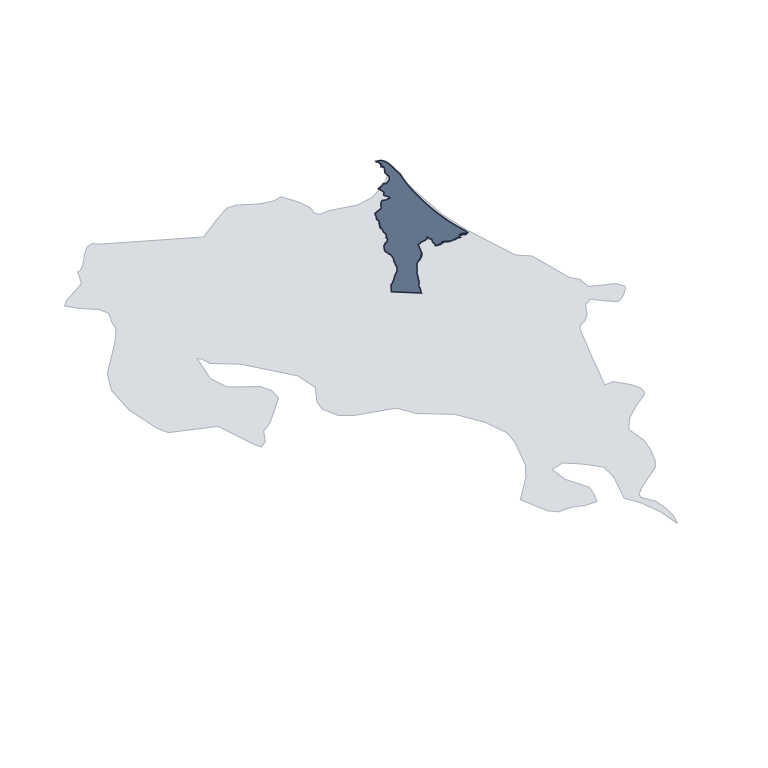 location of Pococi, Limón, Costa Rica, rotated 336°
{"feature_id": "36466004B96368575688704", "entity_name": "Pococi", "entity_type": "district", "adm_level": 2, "iso_a3": "CRI", "parent_name": "Costa Rica", "parent_adm1": "Limón", "projection": "albers", "projection_center": [-83.671, 10.502], "detail": "fine", "context": "in_parent", "style": "filled", "palette": "slate", "viewbox_px": 768, "rotation_deg": 336, "n_neighbors": 0, "source": "geoboundaries", "source_scale": "gbopen_adm2", "svg_char_len": 7685}
<svg xmlns="http://www.w3.org/2000/svg" viewBox="0 0 768 768"><g transform="rotate(336 384 384)"><path d="M644.0,392.7L643.1,395.6L640.4,398.7L636.6,401.8L631.5,404.0L619.1,397.6L607.0,390.4L600.3,393.8L597.8,403.2L593.3,408.0L587.7,409.9L585.4,413.0L585.0,444.7L585.4,474.5L594.6,475.2L610.0,485.5L616.6,491.6L618.7,497.2L616.8,500.0L605.6,506.5L594.6,514.8L589.2,525.1L598.8,541.6L600.9,552.9L600.6,564.7L598.0,570.4L576.7,584.0L572.1,588.7L572.7,592.2L584.5,601.5L590.0,610.5L594.7,621.4L595.4,630.9L584.7,613.3L569.9,596.6L557.0,586.3L556.0,562.3L550.9,549.2L531.6,537.2L515.0,528.8L502.8,530.5L510.3,544.3L529.7,562.1L531.0,568.9L530.7,578.0L517.4,576.6L505.6,572.9L491.2,571.7L481.7,566.3L461.5,545.1L475.8,527.0L480.3,515.1L479.9,490.5L476.6,478.6L461.0,460.4L436.3,440.5L401.6,424.1L385.3,411.0L344.7,400.8L329.3,394.1L317.3,381.7L315.5,372.8L319.9,359.2L308.7,341.7L260.6,307.3L233.6,294.6L227.9,287.2L223.6,284.9L227.6,308.5L239.4,322.8L270.1,336.2L278.6,344.0L282.0,354.0L264.0,373.2L254.9,378.1L252.1,388.5L246.3,391.7L240.1,385.6L215.3,355.3L167.0,340.6L158.3,331.6L140.5,304.0L132.4,278.7L135.5,262.0L155.5,236.0L161.7,224.6L160.5,217.6L161.2,207.3L153.9,200.1L135.6,190.6L124.0,182.9L127.2,179.2L148.3,169.3L149.7,160.1L149.6,157.1L153.0,156.5L156.1,154.1L158.0,151.6L163.8,142.8L168.8,137.9L174.6,137.1L181.6,140.8L208.0,150.4L237.3,161.1L279.1,176.3L296.5,166.7L311.5,159.5L321.9,160.5L344.3,169.1L357.9,171.9L366.2,171.1L380.6,183.6L388.4,193.0L389.7,199.3L394.1,202.7L405.3,203.4L432.7,209.8L449.5,208.6L464.8,201.8L473.2,193.8L475.8,181.1L479.7,187.4L484.2,197.2L486.2,209.9L506.0,252.4L521.7,276.2L556.4,319.4L571.4,327.4L596.7,362.1L605.4,367.9L610.4,378.1L636.7,386.5L644.0,392.7Z" fill="#d9dde1" stroke="#a8b0b8" stroke-width="1"/><path d="M520.2,276.3L519.5,275.6L515.3,270.0L512.1,265.5L509.0,260.9L503.2,251.1L498.7,242.4L494.4,232.9L492.7,228.7L489.2,219.7L488.8,218.1L487.7,214.9L486.6,211.1L484.6,202.3L484.8,201.6L484.0,198.7L481.3,192.7L480.4,190.0L478.4,185.5L477.3,183.5L476.1,181.8L474.8,180.4L473.3,179.2L472.3,178.5L470.4,177.9L468.9,177.6L467.6,177.5L467.1,177.3L467.3,178.2L467.5,178.2L467.8,178.1L468.3,178.1L468.7,178.5L469.1,179.6L469.6,180.1L469.9,181.1L470.3,181.4L470.6,182.0L471.1,182.3L471.0,182.6L470.7,182.7L470.4,182.2L470.2,182.1L470.2,182.4L470.5,182.8L470.5,183.4L470.1,183.8L469.7,184.0L469.5,184.3L470.1,184.4L470.6,185.1L471.5,185.1L471.9,185.4L472.0,185.6L471.8,186.2L472.0,186.7L471.9,187.5L471.4,189.1L471.0,190.4L470.8,190.7L470.7,191.1L471.4,193.1L471.9,193.6L471.9,194.5L472.1,194.7L472.2,195.1L472.7,195.5L473.0,196.3L473.0,196.8L472.9,197.2L472.2,198.3L472.0,198.9L471.4,200.1L470.9,200.3L469.9,200.6L468.3,201.5L467.5,201.7L467.1,201.7L466.3,201.3L465.6,200.8L465.1,200.7L464.4,200.7L464.0,200.9L463.5,201.4L462.8,202.0L461.7,202.1L460.8,202.6L459.5,202.8L458.1,203.5L458.3,203.9L458.9,204.2L459.7,204.5L459.8,205.5L461.0,207.2L461.7,208.4L461.8,209.6L461.0,210.2L460.6,211.0L460.6,211.5L461.4,212.6L462.6,213.3L463.0,213.8L464.3,214.7L465.1,216.1L465.1,216.4L464.8,216.5L463.2,216.5L462.4,216.3L460.9,216.7L459.9,216.6L459.2,216.0L458.7,216.0L458.3,216.1L457.5,215.6L456.7,215.6L455.9,216.2L455.2,217.0L455.0,217.6L454.4,218.1L454.2,218.5L454.2,218.9L453.6,219.7L453.5,220.2L453.5,221.3L453.0,222.2L452.1,222.5L451.8,222.9L450.0,223.0L449.8,223.1L449.4,223.5L448.7,223.4L448.4,223.6L447.9,223.6L447.4,223.9L447.0,223.9L446.7,224.3L445.3,224.3L445.1,224.4L445.0,225.2L444.7,225.9L444.7,226.2L444.9,226.5L445.0,227.8L444.4,229.3L444.4,229.7L444.6,230.2L444.5,230.3L444.3,230.3L444.2,230.7L444.7,231.3L444.8,231.9L445.6,232.6L445.4,233.1L445.6,233.7L445.4,234.6L444.9,235.1L445.0,235.6L444.6,235.7L444.7,236.1L445.0,236.4L444.8,236.6L444.3,237.6L444.3,238.1L444.0,239.1L444.7,239.1L444.6,239.6L444.2,240.0L444.4,240.6L444.8,240.8L445.1,241.2L445.2,241.8L445.2,242.5L445.4,243.0L445.2,243.8L445.3,244.5L445.3,245.2L446.4,246.5L446.3,247.6L446.8,248.1L446.6,248.6L446.6,249.6L446.4,249.9L445.6,250.5L445.3,251.1L445.4,251.3L446.3,252.2L446.3,253.1L446.2,253.3L445.2,254.0L444.7,255.0L444.3,255.5L443.7,255.7L442.4,255.7L442.2,255.8L441.6,256.9L440.7,257.2L440.2,257.5L439.6,259.2L438.9,261.8L438.9,262.9L439.4,264.3L440.2,264.9L440.6,265.8L440.9,266.0L441.1,267.1L442.5,268.3L443.2,270.6L443.3,271.6L443.5,272.0L443.7,272.8L443.2,274.4L443.2,275.2L442.9,275.8L442.9,276.7L443.2,277.4L443.0,279.5L443.1,281.3L443.4,281.7L443.2,282.4L443.2,283.5L442.7,284.1L441.8,286.0L441.2,286.8L439.8,287.7L438.5,289.0L438.0,289.6L437.2,290.2L435.8,292.1L434.4,293.6L433.8,293.9L433.5,294.2L432.8,295.1L431.0,296.1L431.0,296.4L430.4,296.9L430.2,297.6L430.0,297.9L430.0,298.2L429.8,298.5L429.8,299.3L429.1,300.2L428.3,302.8L455.1,316.1L455.0,315.4L455.3,314.9L455.3,314.3L455.6,313.7L455.7,313.0L455.6,312.1L456.0,311.0L455.9,310.5L455.7,310.2L455.6,309.0L455.7,308.5L456.3,307.4L456.6,307.2L456.9,306.6L457.2,305.6L457.8,304.9L458.0,304.5L458.0,303.9L457.8,303.3L458.1,302.7L458.1,301.4L458.3,300.8L458.6,300.5L458.8,300.2L458.7,299.8L458.8,299.2L458.7,299.0L459.0,297.7L459.0,296.9L459.3,296.4L459.4,295.8L459.7,295.2L460.2,294.4L460.4,293.8L460.8,292.9L461.2,292.1L461.3,291.7L461.6,291.2L461.8,290.5L462.2,290.0L462.1,289.4L462.5,288.4L462.4,288.1L462.7,287.9L462.6,287.7L462.9,287.6L464.4,286.5L464.8,285.9L466.2,285.4L466.4,285.2L466.8,285.3L466.8,284.9L467.2,284.5L467.5,284.6L468.0,284.4L468.1,284.1L468.9,283.9L468.9,283.6L469.2,283.2L469.7,283.2L469.9,282.8L469.7,282.3L469.7,282.2L470.6,282.3L470.8,282.2L470.8,281.6L471.1,281.2L470.8,281.1L470.9,280.8L471.0,280.7L471.1,280.9L471.2,280.6L471.3,280.6L471.5,280.5L471.9,280.2L471.8,279.7L471.9,275.4L472.0,270.3L474.0,270.3L474.3,270.2L475.0,269.6L476.7,269.5L477.3,269.6L477.7,269.4L479.3,269.6L480.3,269.4L480.9,269.1L481.4,269.1L482.0,269.0L482.8,267.8L483.0,267.6L483.4,267.5L483.3,267.9L483.9,268.5L484.0,268.8L484.6,269.9L485.4,270.4L485.8,270.5L486.2,270.8L486.4,271.2L486.3,272.7L486.1,273.2L486.3,274.7L486.5,275.2L486.8,275.5L487.1,276.2L487.5,276.7L487.1,278.2L487.1,278.5L487.5,278.8L487.6,278.7L488.8,278.7L488.8,278.9L489.0,278.9L489.2,279.1L489.9,279.0L490.5,278.8L491.1,278.9L491.0,279.2L491.6,279.0L491.8,279.4L492.0,279.2L492.1,278.9L492.4,278.8L492.7,278.9L492.6,279.2L492.7,279.3L494.1,279.3L494.1,279.1L493.6,279.0L493.7,278.8L494.1,278.6L494.4,278.2L494.7,278.5L495.1,278.4L494.6,278.0L495.1,277.6L495.3,277.7L495.3,278.0L495.7,277.9L496.0,277.9L495.9,278.7L496.1,279.0L496.3,278.9L496.3,278.5L496.5,278.2L497.3,278.2L497.4,278.3L497.4,278.7L498.0,278.8L498.0,279.1L498.4,279.2L498.4,278.8L498.6,278.8L498.7,279.3L499.0,279.5L499.1,279.3L499.1,279.1L498.7,278.8L499.1,278.8L499.3,279.0L499.5,279.5L500.3,279.7L500.3,280.0L500.8,279.9L500.8,280.2L501.2,280.3L501.2,279.9L501.6,280.1L501.6,279.9L501.9,279.9L502.0,280.0L502.1,280.4L502.5,280.5L503.1,280.4L503.5,280.6L504.4,280.6L504.6,280.7L505.0,280.8L505.4,280.6L506.0,280.5L506.6,280.2L506.7,280.3L506.9,280.7L507.3,280.8L507.4,281.0L507.7,281.1L507.8,281.0L508.2,281.0L508.6,280.8L509.1,280.7L509.3,280.2L509.7,280.7L510.0,280.7L510.3,280.5L510.6,280.6L510.9,280.4L511.7,280.8L512.7,281.0L512.0,280.4L512.3,280.3L513.0,280.5L513.0,279.9L512.7,279.6L513.0,279.4L513.8,279.4L513.7,278.7L514.0,278.2L514.7,278.3L514.3,279.3L514.3,279.6L514.6,279.5L514.6,279.1L515.3,278.3L515.7,278.4L516.1,279.2L516.4,278.2L516.7,278.2L516.9,278.3L517.0,278.7L516.9,279.3L517.0,279.5L517.6,279.3L517.9,278.7L518.6,278.7L518.7,278.8L518.7,279.0L518.5,279.7L518.9,279.5L519.1,279.5L519.2,279.8L518.9,280.1L518.9,280.5L519.5,280.5L520.3,280.3L520.5,280.5L520.9,280.3L520.7,279.8L520.8,279.6L521.3,279.5L521.8,279.7L522.2,279.7L522.3,279.5L521.3,278.8L520.2,276.3Z" fill="#64748b" stroke="#1e293b" stroke-width="1.5"/></g></svg>